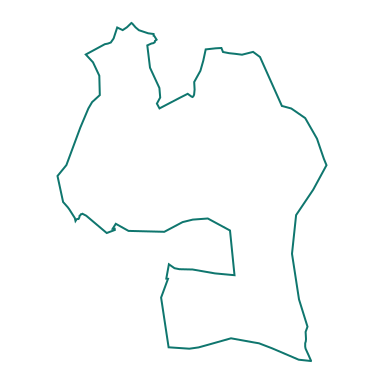 outline of Goronyo, Sokoto, Nigeria
{"feature_id": "59680162B20432910054227", "entity_name": "Goronyo", "entity_type": "district", "adm_level": 2, "iso_a3": "NGA", "parent_name": "Nigeria", "parent_adm1": "Sokoto", "projection": "equal_earth", "projection_center": [5.745, 13.352], "detail": "fine", "context": "isolated", "style": "outline", "palette": "teal", "viewbox_px": 384, "rotation_deg": 0, "n_neighbors": 0, "source": "geoboundaries", "source_scale": "gbopen_adm2", "svg_char_len": 1563}
<svg xmlns="http://www.w3.org/2000/svg" viewBox="0 0 384 384"><path d="M260.0,57.0L253.1,51.9L242.0,54.7L235.0,53.8L229.2,53.2L223.0,52.0L221.4,48.0L215.8,48.3L205.7,49.4L203.3,60.6L200.4,70.8L194.2,82.0L194.6,89.7L194.1,94.6L193.5,96.0L192.6,97.0L191.5,96.6L187.7,93.8L179.2,98.1L159.5,108.4L156.9,103.6L160.2,97.5L159.4,88.0L150.0,67.7L147.3,45.4L151.5,43.5L153.2,43.2L154.7,42.3L155.0,40.9L156.6,39.7L154.3,36.0L153.6,35.7L153.7,35.0L153.7,34.6L153.6,34.0L148.2,33.3L138.9,30.2L135.5,27.3L132.3,23.6L131.4,23.0L126.9,27.3L122.7,30.1L117.2,27.5L113.6,38.5L110.8,42.5L107.8,43.6L104.8,44.2L85.8,54.5L93.0,62.3L99.3,75.7L99.8,95.1L92.1,102.1L88.4,108.4L80.3,127.6L66.4,165.1L57.5,176.0L63.1,202.0L67.8,207.3L69.2,209.2L74.8,218.0L75.5,221.0L76.1,220.1L76.7,219.2L77.7,218.9L78.5,219.0L79.1,218.0L79.5,216.6L79.6,215.7L80.4,215.2L81.0,214.2L82.3,214.0L82.5,213.8L86.2,215.7L106.7,233.0L114.8,230.0L114.7,228.7L112.7,228.7L115.8,223.8L128.5,230.9L164.3,231.8L182.6,222.1L192.8,219.6L207.8,218.5L230.0,230.5L234.5,275.2L215.0,273.4L192.6,269.5L179.4,269.2L174.5,268.2L168.9,264.3L166.3,278.6L168.0,278.8L161.1,297.6L168.6,347.3L189.4,348.7L198.6,347.4L208.7,344.6L231.0,338.3L253.7,342.4L259.0,343.3L271.8,348.2L298.7,359.7L310.9,361.0L311.0,360.7L308.3,354.6L305.6,348.7L305.2,346.7L305.2,343.2L305.8,341.3L306.0,339.1L305.8,335.2L305.6,331.9L307.5,326.7L299.0,299.4L292.0,253.8L296.1,215.1L313.2,189.7L326.5,165.2L323.9,158.9L319.7,146.7L317.0,138.7L305.2,118.1L291.3,108.5L282.9,106.2L281.9,106.0L260.0,57.0Z" fill="none" stroke="#0f766e" stroke-width="2"/></svg>